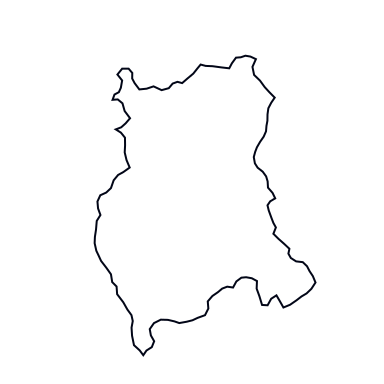 Reduto, Minas Gerais, Brazil (Albers equal-area conic projection), rotated 340°
{"feature_id": "56859067B4238114789990", "entity_name": "Reduto", "entity_type": "district", "adm_level": 2, "iso_a3": "BRA", "parent_name": "Brazil", "parent_adm1": "Minas Gerais", "projection": "albers", "projection_center": [-41.937, -20.233], "detail": "fine", "context": "isolated", "style": "outline", "palette": "ink", "viewbox_px": 384, "rotation_deg": 340, "n_neighbors": 0, "source": "geoboundaries", "source_scale": "gbopen_adm2", "svg_char_len": 2011}
<svg xmlns="http://www.w3.org/2000/svg" viewBox="0 0 384 384"><g transform="rotate(340 192 192)"><path d="M279.3,80.8L273.5,84.7L269.3,88.5L262.1,84.9L254.3,80.8L248.0,78.2L243.7,75.2L239.4,77.7L233.7,81.2L226.5,83.8L220.0,86.3L216.0,83.5L210.9,83.5L205.7,86.5L198.3,85.9L192.0,79.6L184.7,79.4L177.6,77.6L175.3,70.0L174.6,64.9L176.6,59.7L174.6,54.4L168.6,52.2L162.1,56.1L164.5,63.3L160.8,69.7L157.4,73.2L152.5,73.9L148.9,78.2L153.9,79.6L157.0,84.9L156.4,92.9L159.0,101.5L153.1,104.8L147.6,107.0L141.8,107.1L145.5,111.9L147.6,118.0L145.1,125.2L142.3,131.8L141.4,139.6L141.8,147.7L134.2,149.8L128.4,150.7L122.4,154.2L117.2,160.6L111.2,163.2L104.7,163.7L99.9,168.6L98.1,175.3L98.1,182.3L92.6,186.6L89.0,194.4L85.4,201.0L83.0,206.8L82.0,214.5L82.5,219.8L83.0,225.7L85.6,233.9L87.7,241.6L86.2,249.4L88.8,255.0L86.7,262.4L89.7,272.1L91.1,280.4L93.0,287.0L92.2,293.0L88.8,298.8L86.5,306.6L85.1,316.1L88.7,323.0L90.4,328.7L95.0,325.4L101.2,324.0L105.4,319.3L104.3,312.7L105.4,306.4L111.4,302.2L119.0,301.3L125.6,303.9L131.3,307.6L135.2,310.8L142.7,312.1L148.6,312.7L154.3,312.2L162.1,312.2L167.5,307.1L169.4,300.2L175.6,296.7L182.1,295.0L187.3,293.1L192.7,293.0L197.9,295.8L203.1,291.2L209.1,289.4L213.7,290.6L218.7,293.5L222.6,297.9L219.7,304.9L219.7,313.0L219.2,322.1L224.3,324.3L229.9,319.4L236.0,318.0L237.1,324.0L238.4,331.8L245.6,331.5L253.2,329.5L259.2,327.6L265.0,326.5L271.1,323.8L277.1,319.3L276.8,312.4L275.4,306.6L274.7,301.1L272.1,295.8L266.1,292.8L262.3,287.8L261.5,282.9L264.1,278.7L261.2,272.9L257.3,265.7L254.2,259.1L258.7,254.0L257.9,249.0L257.8,243.6L257.8,235.6L258.4,230.3L262.3,227.5L268.0,226.4L267.4,220.4L264.9,213.9L266.7,207.9L267.0,202.7L265.4,197.1L262.0,191.6L260.9,186.6L262.0,180.3L265.1,175.9L268.3,172.2L273.2,168.1L278.3,164.5L282.3,160.3L284.6,155.3L287.2,150.9L289.5,144.9L292.4,139.4L297.0,135.2L302.0,131.6L298.8,124.6L296.2,118.3L294.0,110.6L290.4,103.2L291.6,95.1L297.5,89.0L293.2,84.7L288.8,82.2L283.9,82.1L279.3,80.8Z" fill="none" stroke="#020617" stroke-width="2"/></g></svg>